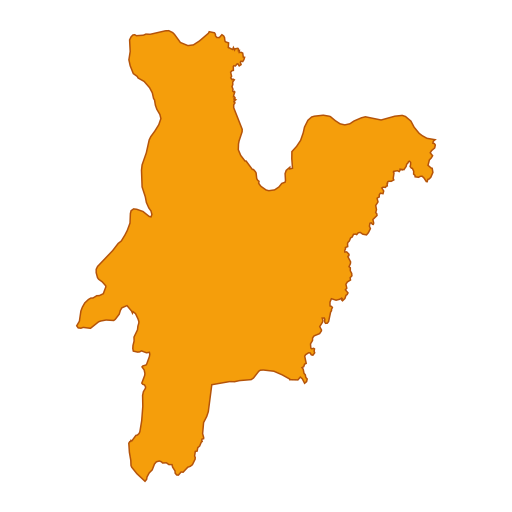 the district of Banwa, Banwa, Burkina Faso
{"feature_id": "67063806B90065327421296", "entity_name": "Banwa", "entity_type": "district", "adm_level": 2, "iso_a3": "BFA", "parent_name": "Burkina Faso", "parent_adm1": "Banwa", "projection": "equal_earth", "projection_center": [-4.034, 12.22], "detail": "fine", "context": "isolated", "style": "filled", "palette": "amber", "viewbox_px": 512, "rotation_deg": 0, "n_neighbors": 0, "source": "geoboundaries", "source_scale": "gbopen_adm2", "svg_char_len": 6023}
<svg xmlns="http://www.w3.org/2000/svg" viewBox="0 0 512 512"><path d="M435.1,139.7L426.9,138.3L422.1,135.6L419.1,133.3L414.1,127.2L410.9,121.1L405.5,116.5L402.2,115.4L394.8,116.2L381.1,120.0L365.4,116.8L361.4,117.8L354.0,121.0L349.8,123.8L344.8,124.9L340.0,123.8L335.2,120.6L330.4,116.6L329.1,116.2L323.3,115.2L314.3,116.2L311.6,117.0L307.9,120.3L304.5,127.1L303.2,132.9L300.6,140.4L296.6,146.4L291.9,151.6L291.8,158.7L292.5,168.3L289.8,168.9L289.8,167.3L286.2,170.4L285.1,173.6L285.5,180.6L285.1,182.2L281.8,183.4L278.9,187.0L274.6,189.9L268.8,190.7L266.1,190.0L261.0,186.4L259.5,184.5L258.7,183.2L259.0,181.3L257.7,180.3L256.7,178.5L256.1,173.0L255.4,171.7L253.5,169.5L252.3,169.4L246.1,161.0L245.0,161.0L240.7,155.4L238.3,149.7L238.5,143.9L239.1,140.8L242.1,131.8L242.2,129.3L233.7,107.7L233.7,104.7L234.9,103.0L234.8,102.2L233.9,101.9L233.9,101.2L235.7,99.8L234.1,99.4L234.0,98.8L235.0,98.3L235.0,97.6L234.3,96.8L233.5,96.8L233.7,95.3L234.8,92.0L234.4,91.6L234.1,92.2L232.7,91.2L233.0,89.2L232.0,86.6L232.8,84.6L232.7,82.0L234.3,79.8L233.0,79.1L232.1,79.7L230.7,77.8L231.6,76.3L230.6,72.2L232.3,70.5L233.4,70.4L233.3,66.4L233.9,65.7L235.3,66.0L237.2,63.8L237.9,63.9L239.2,65.9L241.1,64.6L240.3,62.2L241.0,61.2L242.7,61.6L243.9,59.7L244.6,57.3L243.3,57.1L242.7,53.1L241.1,52.3L239.2,52.5L239.4,50.4L238.4,50.7L238.4,48.9L237.8,48.3L235.0,48.8L234.6,49.9L233.4,47.5L232.7,49.5L228.3,47.5L228.6,42.9L225.5,41.8L224.9,40.9L224.5,37.5L223.6,35.9L221.9,34.7L219.3,37.6L216.8,37.5L215.5,35.9L215.4,34.3L214.5,32.8L209.2,31.7L208.5,33.2L199.4,41.0L193.4,44.9L187.9,45.6L180.4,42.5L174.4,34.3L172.7,32.6L168.8,30.7L165.4,30.8L150.2,34.3L145.9,34.1L143.4,35.2L136.4,35.7L134.7,34.7L132.9,35.0L131.1,36.8L129.6,39.9L130.2,51.5L128.9,59.8L130.2,65.8L133.3,73.6L137.2,76.4L138.1,78.0L144.1,81.4L149.6,87.7L152.3,92.8L153.6,98.6L154.5,99.8L155.4,105.2L156.8,109.2L159.9,114.5L160.9,118.6L158.8,124.7L154.7,131.3L150.8,136.6L149.2,139.9L146.3,152.9L142.1,164.9L141.5,170.2L142.1,186.9L145.3,196.8L146.4,202.5L148.8,207.9L151.0,211.0L151.9,214.5L151.0,216.9L149.1,216.4L143.0,211.5L136.8,209.3L133.6,208.9L131.1,210.7L130.4,213.5L130.0,223.1L127.3,230.4L124.9,235.1L121.3,241.0L118.2,243.4L112.6,250.7L97.6,266.4L96.2,269.3L96.2,272.7L97.5,277.6L98.6,279.2L102.3,281.9L105.8,285.9L105.8,287.0L103.3,293.7L99.4,295.6L96.8,295.7L93.0,298.0L90.8,298.1L88.4,299.5L84.8,302.9L82.4,307.1L80.9,311.0L79.4,321.2L76.7,325.8L78.2,327.9L80.9,328.2L83.2,327.4L90.5,328.3L98.6,321.8L100.8,321.0L106.1,320.0L113.7,320.5L115.3,319.3L119.2,314.2L120.4,310.3L121.9,307.8L127.0,305.6L131.5,311.0L132.5,313.2L133.1,311.7L135.5,313.6L138.0,318.9L138.9,321.7L138.8,323.1L137.9,326.2L137.5,329.8L134.0,337.1L134.1,341.0L133.0,345.4L132.8,348.5L133.3,351.1L137.6,352.1L139.6,351.9L141.5,350.9L146.5,352.8L149.4,352.3L149.8,354.2L149.4,356.6L146.7,364.0L146.0,365.0L142.9,365.9L142.0,366.9L144.2,370.0L144.9,373.5L144.7,375.4L141.8,383.1L142.8,384.3L144.5,384.9L145.6,387.0L145.4,388.3L143.4,391.7L142.6,395.4L142.8,406.4L141.7,420.7L139.9,431.6L139.1,433.5L137.3,435.1L135.9,435.4L132.0,440.7L130.9,440.4L130.8,441.4L129.8,441.6L128.8,443.2L129.4,452.3L130.8,460.4L131.0,465.5L131.7,467.2L136.9,473.7L145.0,481.3L146.6,479.4L147.0,477.0L149.2,472.9L152.2,469.9L154.5,464.0L156.4,461.8L159.3,461.0L161.4,461.8L162.6,463.0L166.4,462.8L168.9,464.6L172.0,464.6L172.6,467.1L175.0,470.9L175.2,473.2L176.7,475.0L178.4,475.1L181.1,472.0L183.1,472.2L187.8,467.2L190.3,466.3L192.4,464.7L195.1,459.2L195.2,457.4L194.6,456.0L195.3,451.4L197.1,451.1L197.8,447.6L199.6,446.1L201.3,442.1L202.2,441.5L201.7,440.2L202.0,439.1L203.6,438.7L203.7,437.7L202.6,433.6L203.6,422.5L206.7,416.5L208.3,411.7L211.8,384.7L229.5,381.6L234.6,381.7L239.5,380.6L251.2,379.6L253.5,378.0L258.7,371.3L260.3,370.2L263.3,370.0L273.8,371.2L282.1,374.8L289.8,379.1L289.8,379.7L297.9,379.9L300.3,377.1L302.3,378.8L304.6,383.3L306.6,381.6L307.2,379.0L305.8,377.4L305.3,374.8L304.0,373.3L303.2,369.2L302.0,367.6L303.7,366.7L304.6,364.1L306.2,363.4L304.7,356.2L305.6,354.7L308.7,352.7L310.1,352.9L311.3,354.8L312.9,355.2L314.7,352.8L314.1,351.2L314.5,348.9L313.6,348.3L311.8,348.8L310.8,348.0L310.5,343.9L312.5,340.5L312.6,337.9L314.1,335.9L319.6,333.6L321.4,330.9L321.5,330.0L319.7,326.6L322.5,322.2L322.9,320.3L322.2,318.1L324.3,318.0L324.8,319.2L324.6,321.8L325.5,323.3L327.3,323.2L328.6,321.5L330.6,312.1L331.5,310.7L331.5,309.4L332.4,307.5L331.5,306.4L330.1,306.0L330.0,305.1L330.0,302.1L331.4,298.7L336.1,300.2L339.6,299.3L341.7,298.1L342.2,298.6L341.6,299.9L342.5,300.8L344.9,298.5L346.0,295.3L347.1,294.6L348.0,292.9L345.4,289.8L346.8,288.2L345.9,284.3L347.3,282.0L350.5,280.0L350.1,277.7L351.9,275.8L351.7,273.4L350.3,270.8L350.3,267.8L349.0,266.7L350.4,263.7L350.6,261.9L348.0,256.9L347.9,256.3L348.9,255.7L349.0,254.3L346.7,251.9L344.8,252.0L344.7,250.5L345.5,248.9L345.4,247.5L347.7,246.6L347.5,243.8L347.9,242.4L349.3,241.0L350.6,237.9L352.2,237.0L353.5,234.3L355.7,234.1L356.7,234.6L358.2,232.8L360.2,232.4L362.8,234.2L366.5,234.9L368.4,232.7L370.4,228.6L369.4,226.2L369.9,223.3L371.2,222.8L372.5,224.3L373.3,224.4L373.7,223.1L372.9,219.5L377.0,215.5L376.8,213.8L375.7,212.6L376.5,209.7L375.7,205.5L378.0,201.9L377.1,198.5L377.4,197.9L379.2,197.0L379.3,194.7L380.4,193.2L383.0,193.7L383.7,191.0L381.8,188.0L383.1,187.2L385.5,187.4L386.2,186.2L387.3,185.9L387.1,183.4L387.5,183.4L387.7,181.9L388.6,181.3L391.2,181.3L393.8,179.9L393.2,178.4L394.0,173.0L393.4,172.1L393.6,171.4L397.4,170.7L399.2,171.6L400.1,170.2L400.0,169.2L401.1,169.2L402.1,170.0L402.8,169.4L403.9,169.7L406.1,166.5L406.7,164.2L408.0,162.9L408.5,161.6L409.5,161.2L410.6,162.4L410.6,164.6L410.1,166.5L411.4,168.2L412.4,168.4L413.7,171.3L413.6,174.1L415.0,175.4L415.1,176.8L418.6,177.3L420.1,176.4L422.1,176.2L424.0,178.0L426.3,181.6L427.2,181.7L427.8,179.4L429.1,179.0L430.8,177.3L432.9,172.4L432.2,168.3L431.1,168.0L428.0,165.3L429.4,159.9L431.3,157.9L432.6,155.7L430.2,152.8L431.6,150.6L434.7,147.9L435.3,145.0L434.4,143.6L432.9,143.2L433.3,141.2L435.1,139.7Z" fill="#f59e0b" stroke="#b45309" stroke-width="1.5"/></svg>